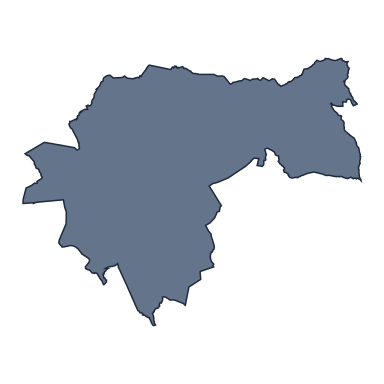 Chapantongo, Hidalgo, Mexico (Mercator projection)
{"feature_id": "50627088B87076306063462", "entity_name": "Chapantongo", "entity_type": "district", "adm_level": 2, "iso_a3": "MEX", "parent_name": "Mexico", "parent_adm1": "Hidalgo", "projection": "mercator", "projection_center": [-99.438, 20.245], "detail": "fine", "context": "isolated", "style": "filled", "palette": "slate", "viewbox_px": 384, "rotation_deg": 0, "n_neighbors": 0, "source": "geoboundaries", "source_scale": "gbopen_adm2", "svg_char_len": 5864}
<svg xmlns="http://www.w3.org/2000/svg" viewBox="0 0 384 384"><path d="M137.9,310.6L139.0,311.0L140.1,312.9L141.5,312.8L142.1,313.2L143.6,314.6L142.7,315.0L143.0,315.2L144.1,314.9L146.3,316.6L146.7,316.4L147.6,317.3L149.4,317.8L149.3,318.4L150.1,319.5L152.0,323.9L153.1,325.4L153.6,325.6L155.5,325.0L154.2,322.6L154.3,321.8L153.7,320.2L153.8,317.5L152.5,313.4L153.3,312.7L153.4,312.0L154.1,311.8L154.8,309.5L156.5,308.3L157.6,308.2L158.5,307.8L158.9,306.5L159.7,306.1L159.3,304.6L159.6,303.5L160.2,302.7L161.3,303.1L162.2,301.2L162.7,299.0L162.5,297.2L163.7,296.9L165.7,297.1L170.3,300.2L172.5,299.8L174.3,300.0L183.7,303.6L184.2,304.5L185.3,305.3L188.9,287.0L200.7,279.4L200.1,271.5L213.7,266.9L212.9,265.5L213.7,264.1L211.4,261.4L210.4,258.2L210.5,257.0L210.1,256.5L210.7,254.4L210.5,253.6L211.2,252.8L211.2,252.2L212.3,252.0L213.2,249.5L213.9,249.4L214.3,247.0L213.7,244.0L211.3,236.2L211.0,233.9L208.7,231.3L205.6,225.4L210.1,222.8L214.8,217.7L217.1,212.2L217.6,211.8L219.3,211.5L220.2,207.1L221.4,205.7L209.2,186.0L212.7,183.6L217.5,182.4L228.2,177.9L245.3,166.5L250.3,162.1L252.8,159.3L254.3,158.1L258.8,158.7L257.1,165.5L262.3,166.4L263.7,164.7L263.9,160.4L265.4,160.4L265.8,159.6L265.9,159.1L265.2,158.0L266.4,154.2L265.7,153.3L265.6,151.8L264.8,149.7L265.2,149.0L267.2,148.1L271.9,150.4L274.7,152.4L275.3,154.7L277.1,155.8L278.4,155.9L278.9,156.9L278.6,158.0L279.1,159.2L278.2,161.6L279.2,162.4L279.9,163.8L281.1,164.6L282.2,166.0L282.9,165.8L283.6,167.2L284.3,167.6L284.6,168.8L283.5,169.9L284.2,172.2L285.8,172.4L287.1,173.5L288.0,173.7L288.3,175.5L288.9,175.7L288.9,176.3L289.8,177.4L291.9,178.0L295.7,177.4L297.7,177.7L298.4,176.9L300.4,176.4L301.2,175.6L302.6,175.4L306.7,173.6L313.8,172.0L322.7,174.1L325.9,175.5L328.9,175.3L336.3,176.7L337.7,176.4L339.0,176.8L340.1,176.3L340.6,176.6L342.0,176.5L343.4,177.5L347.7,178.6L350.8,177.2L353.2,178.7L354.3,178.2L355.5,178.3L356.4,178.9L356.8,178.2L357.9,178.3L358.2,178.8L359.6,179.1L361.0,180.6L360.7,179.3L359.5,177.2L358.9,172.6L359.0,169.7L358.5,169.5L358.7,167.5L358.4,166.9L359.1,166.1L359.4,164.7L360.2,163.4L359.7,162.2L359.9,160.4L360.4,159.0L360.2,157.6L360.7,156.6L360.1,155.9L360.3,154.8L359.5,152.1L358.8,148.0L356.8,145.7L356.2,142.5L354.2,138.2L350.4,135.5L344.7,130.6L344.2,129.1L344.3,127.1L343.8,125.5L344.1,123.7L343.7,121.6L342.5,120.4L341.3,119.7L341.1,119.0L341.1,117.5L341.6,116.3L341.0,115.6L339.9,115.7L338.2,115.0L337.4,113.4L333.6,110.1L332.9,108.4L331.5,106.6L332.1,105.0L330.9,104.2L330.7,103.5L331.5,103.2L332.6,104.8L337.7,106.3L342.8,106.3L342.8,101.8L346.3,102.0L346.9,99.4L347.8,99.2L349.8,99.3L350.6,99.9L351.9,103.4L353.4,105.8L357.2,104.0L355.2,101.6L353.4,100.2L352.5,97.1L351.7,96.7L351.3,95.3L350.6,94.9L350.6,93.5L349.8,92.9L349.0,90.7L348.7,88.5L347.0,87.3L346.7,86.6L345.6,85.8L344.5,84.1L344.8,81.8L343.9,81.7L343.9,81.2L345.0,81.1L345.3,80.1L347.4,78.1L348.0,76.6L347.4,74.2L348.1,73.5L348.3,70.6L349.0,69.5L349.1,68.2L347.6,66.7L347.5,65.5L347.0,64.9L346.9,63.5L348.0,61.6L345.1,61.9L344.0,60.9L342.2,60.4L342.1,58.9L341.0,58.4L335.5,60.6L331.4,59.9L328.5,58.6L327.3,58.8L325.5,58.5L325.1,58.5L324.9,59.6L324.2,60.0L320.6,61.3L319.3,61.4L317.0,60.3L314.9,62.4L314.4,63.4L314.5,63.7L312.8,64.8L311.3,66.6L310.3,66.7L310.0,67.3L307.7,68.6L304.0,69.2L302.3,73.8L301.7,74.3L301.8,75.1L299.7,75.7L299.2,76.5L297.3,77.6L297.2,77.2L294.9,77.6L293.7,78.8L293.9,79.0L291.4,81.2L289.7,81.9L289.6,81.6L288.4,81.9L286.8,83.7L285.7,83.9L284.9,84.6L280.9,86.3L278.8,84.4L278.0,84.1L274.6,79.2L272.3,78.8L269.2,80.8L263.0,77.7L260.8,80.2L259.2,80.0L258.0,78.6L257.5,78.4L256.9,78.9L252.6,79.1L250.2,80.5L247.0,79.2L244.3,78.6L241.7,80.7L239.4,80.9L234.8,82.2L233.2,82.3L231.9,83.5L230.2,84.2L224.3,76.7L222.1,75.9L217.8,76.2L213.6,74.4L198.8,74.4L198.0,73.9L197.1,74.1L196.3,73.7L192.9,73.3L191.5,72.4L190.8,71.3L190.6,71.5L186.5,68.8L185.4,68.3L185.0,68.7L183.7,68.3L183.6,67.3L182.4,66.7L178.2,68.0L178.2,67.5L176.7,67.7L176.8,67.0L176.4,66.4L175.5,66.5L175.0,66.0L174.6,67.1L174.2,67.4L173.7,67.1L173.5,67.7L172.3,67.1L170.9,69.6L149.2,65.1L147.6,66.6L145.7,69.8L142.4,74.1L141.1,76.5L140.0,75.7L139.0,78.0L137.9,77.3L134.9,78.0L134.4,78.6L133.6,78.4L133.2,78.8L127.3,78.2L124.6,76.0L122.3,77.5L113.5,78.0L109.8,75.1L106.4,75.9L103.6,78.0L103.1,79.9L103.1,81.1L101.1,82.0L99.6,86.2L98.3,87.2L97.6,88.6L97.1,88.4L96.2,89.3L96.8,89.5L96.2,91.0L94.1,94.6L94.2,96.1L93.8,98.1L92.2,100.0L91.6,102.5L91.9,103.2L90.4,105.7L88.0,105.9L87.9,105.2L86.2,106.1L87.6,109.2L84.8,109.4L81.7,110.9L81.8,111.3L80.8,112.5L80.5,111.6L80.0,112.0L79.3,113.0L78.9,115.4L77.7,115.8L77.3,116.3L77.2,117.0L77.8,118.0L76.5,119.5L76.3,118.9L70.6,121.6L69.8,121.4L69.8,123.2L68.9,124.1L69.4,125.6L70.5,127.8L72.4,129.4L73.2,131.4L77.2,138.8L78.2,142.2L78.4,142.0L78.9,142.5L78.9,145.9L79.5,148.6L77.3,150.0L76.7,149.9L74.6,147.7L44.4,142.3L25.1,153.7L26.2,154.8L28.1,155.8L29.4,155.8L30.3,157.3L33.9,161.4L34.4,162.6L34.3,164.0L35.3,165.5L36.1,168.1L38.7,169.2L39.4,171.8L40.7,173.2L41.1,175.8L42.2,177.2L41.6,178.5L37.0,181.4L37.1,183.1L36.1,183.4L34.4,183.2L31.7,185.4L26.1,188.0L23.2,199.2L23.0,203.5L33.5,202.7L33.5,203.5L35.7,202.5L39.3,202.0L63.4,199.8L64.7,207.2L66.3,212.0L66.1,223.7L59.5,239.4L58.8,242.1L59.1,243.5L61.0,245.7L61.9,246.2L62.1,247.0L64.1,246.9L70.7,245.5L73.7,246.0L75.0,246.6L77.9,248.7L82.1,254.1L88.9,258.6L89.5,259.8L89.4,261.1L88.9,262.4L85.4,266.8L85.6,268.5L86.9,269.3L89.8,270.3L92.2,273.0L93.4,273.2L94.3,272.9L94.6,273.4L95.7,273.0L96.9,273.3L100.3,278.9L102.0,280.9L103.2,284.1L103.9,284.7L106.4,282.1L106.5,280.5L106.3,280.6L104.6,277.9L103.9,277.9L103.0,274.1L103.4,273.6L104.1,273.9L104.6,271.6L105.6,271.1L106.5,269.5L108.0,268.6L105.5,268.5L108.5,266.8L112.4,266.4L115.5,265.4L115.5,265.1L116.4,264.7L117.5,263.6L118.2,265.3L117.5,265.5L118.2,265.5L118.4,267.7L119.1,268.6L126.8,285.5L137.9,310.6Z" fill="#64748b" stroke="#1e293b" stroke-width="1.5"/></svg>